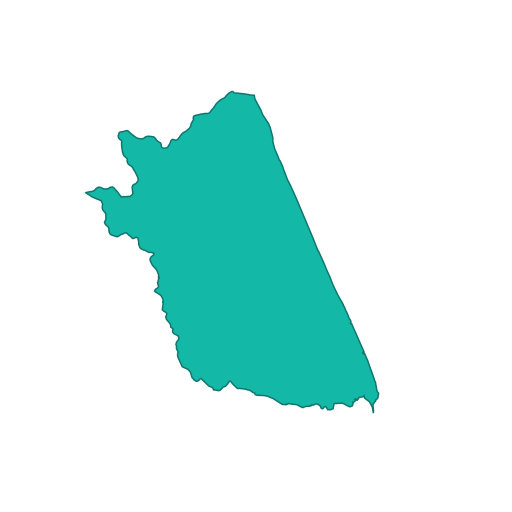 Seluma, Bengkulu, Indonesia (Albers equal-area conic projection), rotated 210°
{"feature_id": "22746128B87861638449066", "entity_name": "Seluma", "entity_type": "district", "adm_level": 2, "iso_a3": "IDN", "parent_name": "Indonesia", "parent_adm1": "Bengkulu", "projection": "albers", "projection_center": [102.762, -4.08], "detail": "fine", "context": "isolated", "style": "filled", "palette": "teal", "viewbox_px": 512, "rotation_deg": 210, "n_neighbors": 0, "source": "geoboundaries", "source_scale": "gbopen_adm2", "svg_char_len": 6109}
<svg xmlns="http://www.w3.org/2000/svg" viewBox="0 0 512 512"><g transform="rotate(210 256 256)"><path d="M436.2,294.7L436.0,293.7L435.6,292.6L435.5,291.2L434.5,290.0L433.5,289.3L433.1,289.3L432.7,289.0L431.1,288.9L430.6,288.6L429.7,288.4L428.8,286.4L427.0,283.6L423.4,279.1L421.7,277.6L420.1,276.6L419.5,276.6L416.5,275.9L416.1,275.6L415.8,275.4L415.0,273.6L413.8,272.5L412.9,271.9L411.4,271.5L408.6,271.4L407.2,271.0L406.5,270.6L405.6,269.8L403.9,269.0L403.5,268.9L399.0,265.9L396.7,264.0L396.4,263.6L396.3,263.1L396.1,263.0L395.7,262.2L396.2,258.5L397.2,257.5L398.0,255.7L397.8,254.0L397.7,253.6L396.9,252.7L396.0,251.3L394.0,248.7L393.9,247.4L394.1,246.3L394.7,245.1L394.9,244.4L396.2,243.9L399.0,241.8L400.3,241.4L402.0,239.7L402.7,239.8L402.8,240.1L404.8,240.8L408.0,242.3L409.9,242.9L411.9,243.5L413.2,244.0L414.0,244.0L414.4,243.9L414.9,244.0L415.3,243.5L416.1,243.1L416.1,242.9L416.7,242.5L417.2,241.2L417.9,240.1L420.4,238.4L422.1,237.9L424.4,237.7L425.5,237.5L426.9,236.8L427.7,235.1L428.0,235.0L428.1,234.7L428.4,233.2L428.7,232.3L428.7,231.7L429.3,231.1L430.5,229.7L431.9,228.7L434.9,226.0L435.0,225.7L432.6,225.5L430.5,225.5L428.1,225.2L423.8,225.6L417.9,226.5L417.1,226.0L415.2,224.6L414.5,223.7L413.8,221.9L413.1,220.6L412.6,220.1L411.6,219.3L408.0,217.9L407.2,217.3L406.7,216.7L404.3,212.7L404.1,209.7L403.8,209.1L402.8,208.4L401.3,207.7L400.7,207.6L399.6,207.6L398.9,207.4L397.3,206.5L396.6,205.5L396.2,204.5L395.1,203.3L393.9,202.4L392.8,202.0L391.4,201.9L388.2,202.7L386.4,203.0L385.1,204.1L383.8,206.8L382.2,208.7L381.7,209.6L381.0,210.5L380.5,210.9L379.5,211.2L376.3,210.4L374.5,210.4L373.1,209.8L371.5,209.5L370.3,210.7L369.1,212.3L367.3,212.6L364.4,209.2L363.4,207.5L361.4,205.7L359.9,204.9L356.6,204.9L354.8,205.5L353.1,205.4L350.6,205.5L349.2,206.4L348.2,206.8L346.6,207.2L346.0,206.9L345.8,207.1L345.2,205.9L345.9,204.2L346.4,202.6L346.3,200.4L345.9,199.8L344.7,198.6L342.8,197.3L340.8,196.1L337.5,195.1L335.4,194.3L333.6,193.2L330.7,190.7L329.3,189.0L329.9,189.0L328.7,187.2L328.6,186.2L328.0,184.8L328.0,183.8L327.2,182.8L326.1,181.9L325.2,180.9L325.1,179.9L325.5,178.5L326.3,177.2L326.5,175.5L325.7,174.6L319.9,174.5L318.3,174.1L315.4,172.4L314.3,171.4L313.8,169.5L313.5,169.2L313.6,169.7L313.4,169.8L312.3,167.7L310.3,162.6L308.4,162.1L307.2,162.2L305.2,162.0L304.5,161.4L304.1,160.6L303.7,158.0L301.9,156.4L296.3,154.3L295.2,153.1L294.9,152.6L294.3,151.8L292.4,151.6L291.7,151.6L291.2,150.8L291.0,149.9L290.1,148.3L288.3,147.7L284.8,147.9L284.4,147.8L283.4,147.9L282.4,146.8L282.0,146.6L281.4,145.6L281.2,145.2L281.7,142.2L281.6,140.8L281.1,139.5L280.8,139.0L280.0,138.4L279.3,137.5L279.0,136.6L278.0,135.5L276.0,134.5L275.5,133.8L274.5,131.1L273.2,129.5L264.5,123.2L258.6,123.8L255.0,122.8L253.4,121.5L251.0,119.0L248.3,118.1L248.7,118.0L247.1,117.7L245.6,117.6L244.5,117.9L243.6,119.1L242.8,121.7L242.3,122.4L231.9,119.8L227.5,120.3L225.9,118.8L223.9,119.7L221.0,120.7L219.9,121.9L218.9,126.1L217.3,127.9L216.6,130.9L216.4,134.0L215.4,134.9L212.1,133.5L205.9,132.0L203.8,133.2L198.1,135.6L196.6,135.8L194.9,136.4L192.4,136.6L190.8,136.2L188.6,136.6L187.4,135.6L185.5,135.9L179.4,139.1L176.1,140.3L169.9,141.1L159.1,140.6L157.3,141.4L155.0,143.3L155.0,143.0L154.0,144.2L153.8,144.4L153.8,144.6L149.9,146.0L147.2,147.3L145.4,147.8L144.1,147.8L143.3,147.6L141.3,148.0L140.6,147.8L139.4,148.4L138.4,149.7L137.6,150.7L137.0,151.2L134.3,152.7L134.2,153.6L133.3,154.0L133.5,154.7L133.0,155.3L132.3,155.2L131.6,155.7L130.7,157.3L129.2,158.4L126.9,158.5L125.8,158.4L123.2,156.7L122.2,156.8L121.5,157.9L121.6,159.1L120.9,160.1L120.6,160.3L119.8,160.2L118.9,159.9L117.8,159.2L117.2,158.7L114.3,160.3L112.9,162.5L114.6,167.2L108.2,171.4L107.3,171.8L104.2,172.0L102.2,172.0L100.1,172.1L98.7,172.8L98.4,173.6L97.6,174.5L98.1,176.6L98.4,177.2L99.0,177.5L98.9,178.1L97.9,179.0L97.7,179.5L97.7,179.9L98.0,180.8L98.2,181.0L98.7,181.1L98.6,181.9L98.4,182.1L98.1,182.2L97.4,181.5L96.7,181.4L96.3,181.6L96.5,182.6L95.8,183.6L96.1,184.5L96.1,185.2L92.9,187.5L92.6,189.0L90.7,187.2L84.9,186.5L79.7,183.3L75.8,178.6L76.9,180.8L80.1,185.2L80.5,186.7L80.0,189.9L80.0,190.9L80.3,191.6L79.7,192.8L79.6,194.1L79.8,195.1L80.3,195.8L80.7,197.4L81.5,198.7L82.4,198.9L83.6,199.6L85.1,201.1L86.2,202.7L87.2,203.7L89.6,206.6L90.5,207.0L92.2,208.6L97.5,213.2L101.4,216.4L106.9,221.2L113.2,225.8L114.0,225.6L114.3,225.0L115.1,225.8L114.6,226.0L114.2,226.3L114.4,226.9L139.5,245.3L140.1,244.7L140.7,245.1L140.8,245.9L141.0,246.7L142.6,247.9L144.4,248.7L146.7,250.8L152.4,254.7L153.9,256.1L155.1,256.5L155.7,256.9L156.2,257.6L165.6,263.1L174.8,269.4L182.0,275.2L186.8,278.5L194.2,284.2L204.5,291.6L204.8,291.4L215.1,299.6L248.8,325.2L255.8,330.3L263.5,335.7L266.6,337.6L275.6,344.9L275.6,345.0L277.4,346.6L280.3,348.8L283.0,350.6L284.1,350.8L284.6,351.5L289.9,355.6L292.4,357.3L294.6,359.3L295.5,360.4L296.3,361.0L299.1,364.2L299.4,364.6L299.9,365.9L300.9,367.2L306.3,372.7L308.4,374.8L309.1,375.1L311.2,376.9L319.1,380.8L321.4,382.1L324.9,384.9L335.1,391.2L336.3,392.4L337.9,394.4L339.3,393.6L342.2,392.3L343.3,392.0L347.8,390.3L351.4,388.7L353.1,388.0L355.8,386.5L356.4,386.4L358.3,386.8L358.7,386.7L359.1,386.4L360.4,384.5L361.1,383.0L361.4,382.1L362.4,377.2L364.9,373.4L366.1,369.8L366.6,367.5L366.7,365.6L366.8,363.1L367.5,360.1L367.7,357.6L368.1,356.3L368.8,355.4L371.6,353.8L372.9,352.6L374.6,351.4L376.3,349.7L378.8,347.4L379.7,346.4L379.8,345.8L379.6,344.7L379.4,344.2L378.3,342.8L378.3,339.7L378.3,338.0L377.5,336.0L377.5,333.5L378.7,329.9L379.5,328.3L380.8,326.3L381.3,324.6L381.6,322.2L381.9,318.9L382.6,316.9L383.1,316.3L383.6,316.0L385.6,315.6L386.4,315.4L386.8,314.9L387.2,314.1L387.3,312.9L386.8,310.7L386.9,307.8L386.9,306.3L387.2,305.3L387.7,304.8L389.4,303.4L390.5,302.9L391.6,302.9L392.4,303.3L393.1,303.9L393.7,305.0L394.5,305.7L395.4,306.2L398.0,306.2L400.3,306.7L401.3,307.3L402.9,307.8L404.2,308.0L407.7,306.6L409.9,305.4L411.3,303.8L412.1,301.8L412.5,301.2L413.4,300.4L415.0,299.5L416.9,298.9L418.6,298.7L419.6,298.7L423.8,299.2L428.9,300.2L429.8,300.3L430.3,300.2L431.1,299.6L433.3,297.3L434.8,296.2L435.9,294.9L436.2,294.7Z" fill="#14b8a6" stroke="#0f766e" stroke-width="1.5"/></g></svg>